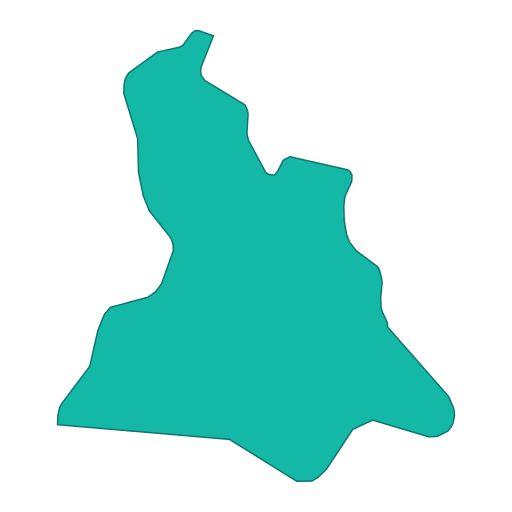 outline of Lewisham
{"feature_id": "GBR-2769", "entity_name": "Lewisham", "entity_type": "London Borough", "adm_level": 1, "iso_a3": "GBR", "parent_name": "United Kingdom", "parent_adm1": "", "projection": "mercator", "projection_center": [-0.009, 51.45], "detail": "fine", "context": "isolated", "style": "filled", "palette": "teal", "viewbox_px": 512, "rotation_deg": 0, "n_neighbors": 0, "source": "natural_earth", "source_scale": "10m", "svg_char_len": 1188}
<svg xmlns="http://www.w3.org/2000/svg" viewBox="0 0 512 512"><path d="M198.9,30.7L213.5,35.8L201.2,66.8L200.7,70.3L200.8,73.2L201.4,75.9L205.1,80.7L245.1,105.0L247.4,110.1L248.1,113.9L247.0,131.9L247.1,134.4L248.5,140.4L265.8,172.5L269.2,174.6L273.7,175.1L275.3,174.3L277.7,171.3L283.2,160.3L289.9,156.7L347.5,169.8L349.4,171.0L350.7,172.5L352.0,175.1L351.8,180.9L351.0,183.3L346.2,193.3L344.8,197.4L343.8,206.5L344.2,220.0L346.5,234.3L349.6,242.3L356.4,250.9L377.3,266.5L379.2,269.5L381.3,276.7L382.1,282.7L380.7,297.8L381.0,306.7L382.0,311.2L386.3,320.4L387.4,323.4L387.6,325.7L387.6,327.1L448.6,396.5L453.6,408.0L454.2,411.8L454.5,415.8L453.0,423.4L451.3,426.7L447.8,431.1L437.0,436.5L428.6,436.8L372.7,420.1L352.8,429.3L326.6,469.0L318.4,477.1L312.1,481.0L296.8,481.3L229.5,439.4L57.5,424.7L57.9,415.4L59.5,408.0L61.2,404.3L89.7,366.4L97.8,330.8L104.2,314.7L110.4,307.3L148.0,297.2L155.7,291.6L161.5,283.9L173.3,250.6L173.2,245.6L172.4,242.3L170.7,237.8L149.3,210.8L143.3,195.9L138.5,172.5L137.7,138.9L123.8,93.4L124.1,84.2L125.0,79.8L126.6,76.2L128.8,72.9L157.6,52.0L179.8,47.1L182.8,45.3L191.8,33.1L195.0,30.7L198.9,30.7Z" fill="#14b8a6" stroke="#0f766e" stroke-width="1.5"/></svg>